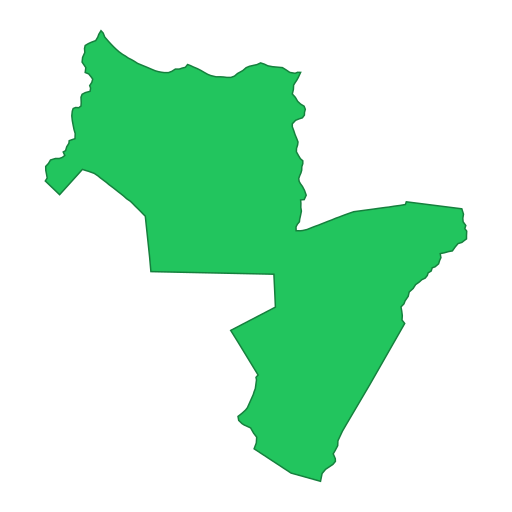 the district of Luís Correia, Piauí, Brazil
{"feature_id": "56859067B75864773986043", "entity_name": "Luís Correia", "entity_type": "district", "adm_level": 2, "iso_a3": "BRA", "parent_name": "Brazil", "parent_adm1": "Piauí", "projection": "mercator", "projection_center": [-41.5, -3.105], "detail": "fine", "context": "isolated", "style": "filled", "palette": "green", "viewbox_px": 512, "rotation_deg": 0, "n_neighbors": 0, "source": "geoboundaries", "source_scale": "gbopen_adm2", "svg_char_len": 3465}
<svg xmlns="http://www.w3.org/2000/svg" viewBox="0 0 512 512"><path d="M230.7,330.4L238.0,342.1L258.1,375.0L256.0,377.3L256.5,379.9L255.3,388.7L254.1,391.8L253.3,394.5L247.4,407.7L245.6,410.0L242.1,413.2L238.0,416.4L238.7,420.4L242.0,423.6L244.2,425.0L250.6,427.9L253.7,433.3L256.7,437.2L256.3,443.0L254.1,448.8L291.1,473.1L320.5,481.3L322.1,473.5L325.6,469.3L333.0,464.3L335.4,461.4L335.3,458.7L333.2,453.8L335.1,450.6L337.7,445.7L337.9,440.8L342.5,431.0L345.7,425.5L369.8,384.6L404.7,323.5L402.0,320.0L402.3,315.7L401.7,310.9L401.0,306.9L403.9,303.9L405.1,300.8L408.2,296.3L409.2,292.0L413.1,288.5L415.6,284.6L419.3,282.0L421.8,279.7L425.2,278.1L427.3,275.5L428.1,272.9L431.2,271.0L432.2,267.8L435.1,266.8L438.6,263.8L439.7,260.3L440.9,257.7L440.2,253.6L444.3,252.8L448.6,251.6L452.4,250.9L455.0,247.2L458.0,243.6L461.9,242.4L464.3,240.5L466.5,238.9L466.5,235.7L466.7,231.1L464.8,228.6L465.8,225.5L463.1,221.8L462.8,218.2L463.5,214.2L461.8,208.8L406.3,201.8L405.4,204.5L400.2,205.4L394.1,206.2L388.6,207.1L385.7,207.4L378.2,208.4L373.4,209.1L353.8,211.7L350.3,212.9L345.5,214.6L342.3,215.8L339.3,217.0L335.8,218.2L331.6,220.0L327.8,221.4L324.3,222.8L321.0,224.1L318.3,225.2L315.4,226.2L312.0,227.5L307.1,229.5L302.8,230.5L300.2,230.8L296.1,230.7L296.0,226.9L297.4,224.2L299.4,221.8L299.7,219.1L300.5,215.6L301.4,211.1L300.8,207.4L300.9,203.2L300.6,199.9L304.2,199.6L306.2,195.2L304.5,190.4L302.4,186.4L300.5,183.8L299.2,181.5L298.7,178.6L299.7,175.7L300.9,173.0L301.7,170.2L301.8,166.7L302.8,163.7L302.8,160.8L300.4,158.7L298.5,155.6L296.4,151.8L296.5,148.4L297.6,145.0L298.0,142.0L296.8,138.8L295.0,134.5L293.7,130.5L292.3,126.8L292.3,123.8L295.6,120.3L299.0,118.9L302.4,117.8L304.4,115.1L304.5,112.4L305.3,109.3L304.1,106.2L300.5,104.0L297.7,101.4L295.3,97.3L292.3,94.0L293.4,89.4L293.6,85.1L295.2,82.5L296.7,80.3L298.3,77.4L300.6,72.4L297.6,72.3L295.1,73.3L289.8,72.4L285.8,69.7L282.4,67.6L272.5,66.7L267.8,65.8L264.5,64.2L260.6,62.9L257.0,64.6L253.3,65.4L249.4,66.3L246.1,67.7L242.9,70.5L239.9,72.2L237.5,73.5L234.5,76.1L231.0,77.4L226.7,77.4L223.7,77.0L220.2,76.8L216.0,76.8L213.4,76.2L210.6,75.5L207.8,74.4L204.4,72.5L201.0,70.5L197.5,68.7L193.2,66.9L190.5,65.6L187.6,64.5L185.4,67.3L182.1,68.1L179.2,69.1L175.3,69.1L171.9,71.3L168.5,72.6L164.2,72.6L161.2,72.2L158.2,71.6L155.3,70.8L151.0,69.0L146.6,67.1L143.4,65.8L137.6,63.4L134.2,61.2L131.6,59.7L128.2,58.0L125.5,56.1L122.6,54.4L118.9,51.7L116.1,49.2L113.6,46.8L110.9,44.0L108.6,41.5L104.7,37.0L103.2,33.1L101.0,30.7L98.8,34.3L97.8,37.1L95.7,40.6L91.2,42.3L88.2,43.7L85.2,45.5L84.5,48.5L84.8,52.5L82.6,57.4L82.1,62.1L85.8,67.6L85.2,72.5L88.7,73.9L90.9,76.6L92.7,79.1L91.8,82.4L89.7,85.6L90.6,88.1L90.1,91.3L85.3,92.6L82.1,94.3L81.0,97.2L81.2,102.7L81.0,106.0L78.8,107.7L75.7,107.5L73.2,108.5L72.3,111.1L71.8,115.8L72.3,120.6L73.2,125.4L74.0,129.4L75.2,133.5L75.0,138.7L72.2,139.6L69.2,140.7L68.9,143.3L66.7,146.8L65.6,150.6L63.2,152.0L64.8,155.5L62.3,157.4L59.3,158.5L55.4,158.5L50.5,160.0L48.5,163.4L45.7,166.4L45.8,170.5L46.4,173.5L47.2,178.0L45.3,181.0L59.6,194.7L80.0,172.1L82.4,169.4L85.8,170.5L88.5,171.3L91.0,172.2L94.3,173.4L98.0,175.9L100.5,178.0L103.2,180.0L106.5,182.5L108.8,184.5L112.3,187.1L115.9,189.9L118.4,191.9L120.5,193.5L123.4,195.8L126.6,198.7L130.3,201.2L132.4,203.2L135.3,206.2L137.9,208.7L140.5,211.3L142.8,213.7L145.3,216.2L149.6,257.0L150.9,271.6L188.3,272.4L273.9,274.2L274.9,295.3L275.4,307.1L267.4,311.3L230.7,330.4Z" fill="#22c55e" stroke="#15803d" stroke-width="1.5"/></svg>